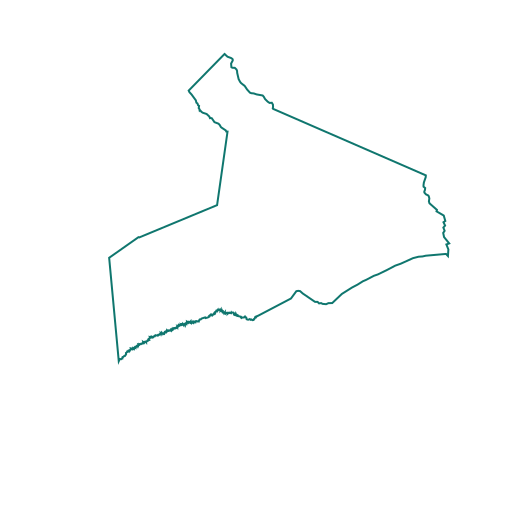 Sesheke, Western, Zambia (Natural Earth projection), rotated 217°
{"feature_id": "96606910B16407097160512", "entity_name": "Sesheke", "entity_type": "district", "adm_level": 2, "iso_a3": "ZMB", "parent_name": "Zambia", "parent_adm1": "Western", "projection": "natural_earth1", "projection_center": [23.989, -16.932], "detail": "fine", "context": "isolated", "style": "outline", "palette": "teal", "viewbox_px": 512, "rotation_deg": 217, "n_neighbors": 0, "source": "geoboundaries", "source_scale": "gbopen_adm2", "svg_char_len": 6095}
<svg xmlns="http://www.w3.org/2000/svg" viewBox="0 0 512 512"><g transform="rotate(217 256 256)"><path d="M302.3,89.4L302.8,91.8L301.6,92.4L301.5,93.3L301.0,93.7L301.7,95.0L301.3,95.4L301.0,97.1L300.5,97.4L300.6,99.3L301.5,100.3L301.2,101.3L301.3,102.0L301.1,101.9L300.6,102.5L300.7,102.9L300.2,103.3L300.3,103.5L300.6,103.4L300.6,104.5L300.1,105.0L300.2,105.3L299.9,105.0L300.0,105.7L299.5,106.3L299.8,106.5L299.5,106.6L298.9,107.3L299.4,107.4L299.0,107.6L299.0,108.1L298.5,107.8L298.4,108.1L298.2,107.9L298.1,108.4L297.4,108.3L297.7,109.5L297.3,109.7L297.8,109.9L297.5,110.5L297.9,110.1L297.9,110.6L297.2,110.9L297.2,111.4L296.9,111.3L296.5,111.9L296.4,112.2L297.0,112.1L296.8,112.5L297.0,112.9L296.8,113.5L296.3,113.6L296.5,113.9L296.5,114.1L296.2,113.8L296.3,114.2L296.1,114.6L296.3,114.7L295.7,114.9L295.8,115.8L294.9,116.3L294.9,117.0L294.4,117.1L294.0,117.8L294.1,118.4L293.7,118.5L294.0,118.9L293.7,119.0L294.2,119.4L293.8,119.4L293.6,119.8L293.8,119.9L293.2,120.5L293.5,120.4L293.5,120.7L293.4,120.5L292.9,120.9L292.6,120.6L292.3,121.4L292.0,121.3L292.3,121.7L291.5,122.8L291.7,123.4L291.3,123.7L291.5,124.1L291.2,124.1L290.6,124.8L290.8,125.0L290.6,125.2L291.1,125.0L291.7,125.6L291.5,126.2L291.7,127.2L292.0,127.4L291.5,127.6L291.5,128.0L291.1,128.0L291.0,128.8L290.0,128.9L290.0,128.5L289.6,129.0L289.3,128.9L289.1,129.7L289.3,130.0L288.8,130.8L289.0,131.3L288.8,131.7L288.5,131.6L288.5,132.3L286.6,133.2L286.4,133.5L286.7,133.9L286.1,134.5L285.9,134.8L286.1,134.9L285.4,135.6L285.8,136.1L285.5,136.9L285.7,137.1L285.4,137.1L285.2,137.6L285.0,137.4L285.1,137.8L284.7,137.6L284.7,137.9L284.0,138.1L283.3,137.7L283.2,138.3L283.1,138.1L282.9,138.2L283.2,138.4L282.7,138.9L283.0,139.4L282.6,139.9L282.8,140.3L282.3,140.6L282.4,141.3L282.8,141.3L282.5,141.8L282.4,142.3L282.5,142.8L282.3,142.7L282.4,143.2L281.9,143.3L281.7,143.0L281.7,143.5L281.5,143.1L281.4,143.4L281.1,143.2L280.5,143.7L280.4,144.4L279.9,144.8L280.0,145.0L279.5,145.8L279.2,145.7L279.2,146.0L279.0,145.7L278.9,145.9L278.6,145.7L278.6,146.3L278.4,146.1L278.3,146.6L278.6,146.7L278.1,146.9L278.4,148.8L278.2,149.0L278.1,148.6L277.7,149.2L277.7,148.9L277.2,149.1L276.0,151.0L276.3,151.8L276.5,151.5L276.6,152.2L276.1,152.0L276.3,152.3L276.1,153.0L276.4,153.1L276.0,153.3L276.2,154.1L275.9,154.0L275.7,154.5L275.5,154.2L275.4,154.8L275.1,154.6L275.0,154.9L275.2,155.6L274.9,155.8L274.7,155.5L274.5,155.9L274.1,155.6L274.5,156.0L274.4,156.3L274.0,156.0L273.8,156.4L274.1,156.5L273.4,156.7L273.3,157.0L273.5,157.4L273.2,157.3L273.0,157.5L273.3,157.6L272.8,157.9L272.9,157.5L272.3,157.3L272.5,157.7L272.2,158.0L272.3,158.3L271.7,158.3L271.9,158.5L271.8,159.0L271.5,158.8L271.7,159.2L271.4,159.3L271.6,159.4L271.6,159.9L271.2,160.0L271.5,160.4L271.2,161.4L271.6,161.9L270.9,161.9L271.1,162.1L270.9,162.2L270.7,162.7L270.1,162.9L269.9,162.4L269.6,162.9L269.5,162.4L269.1,163.2L268.5,163.1L268.5,163.4L268.2,163.4L268.4,163.8L267.9,163.6L267.6,164.3L267.3,164.1L267.4,164.7L267.0,164.7L267.2,165.0L266.6,164.8L266.3,165.2L266.0,165.1L266.1,165.8L265.6,165.6L265.7,166.3L264.9,166.5L265.3,166.9L264.5,167.5L264.7,167.9L264.1,168.4L263.6,168.3L262.3,169.3L262.6,169.7L262.8,171.4L262.0,172.0L261.8,173.3L259.8,176.2L259.6,176.4L258.9,176.1L257.5,177.9L256.7,179.7L256.9,180.6L257.1,180.6L256.7,181.3L257.0,181.6L256.8,182.4L256.4,182.5L256.5,182.3L256.1,182.3L256.0,181.9L255.4,182.0L255.5,182.3L255.1,182.5L255.0,183.4L254.4,184.3L255.0,184.5L255.0,185.3L254.9,185.5L255.0,185.9L254.6,186.4L254.9,186.7L254.7,187.3L254.5,187.1L254.8,188.7L254.1,189.3L254.1,189.8L253.8,189.5L253.8,190.4L253.4,190.4L253.2,191.0L252.3,190.9L252.3,191.3L251.9,191.3L251.9,191.7L251.7,191.4L251.7,191.8L251.2,191.4L250.9,192.3L250.2,191.9L250.3,191.5L249.8,191.8L249.8,191.3L249.1,191.4L249.1,191.1L248.6,190.8L248.3,191.0L248.3,191.5L248.0,191.5L248.2,191.1L247.9,191.1L247.7,191.7L246.9,191.6L246.9,191.9L246.6,191.4L246.5,191.7L245.8,191.6L245.9,192.2L245.1,193.2L244.8,193.4L244.7,193.0L244.1,193.7L243.9,193.3L243.8,194.0L243.4,194.4L243.2,194.1L242.6,194.9L241.5,195.3L241.7,196.0L241.4,195.9L241.4,196.2L240.0,197.2L239.1,197.0L238.6,196.2L238.0,195.9L237.7,196.0L237.6,196.5L237.4,196.1L237.4,196.4L237.2,196.2L236.7,196.4L236.8,197.2L236.6,196.8L236.4,197.0L236.7,197.4L235.7,197.0L235.5,197.4L234.9,197.0L234.6,197.5L234.2,197.2L231.6,198.4L231.2,198.0L231.0,198.3L230.2,198.0L230.1,198.5L228.6,199.7L228.4,201.0L227.7,200.7L226.8,201.0L225.5,199.9L224.7,200.0L223.6,200.7L223.0,201.9L221.7,201.9L221.4,202.6L220.1,202.7L219.5,203.4L219.4,204.0L219.7,204.4L219.4,205.3L219.8,206.4L219.2,206.9L219.7,207.4L219.4,207.9L219.3,207.6L202.5,243.1L202.6,252.2L201.3,253.6L199.6,254.5L196.1,254.2L181.3,254.9L179.2,256.4L177.1,256.1L175.6,257.6L174.1,257.8L171.0,259.7L169.8,261.9L166.8,264.3L164.6,277.4L160.3,288.7L157.7,294.2L155.4,300.2L153.8,303.0L149.9,311.2L147.6,314.6L142.9,323.8L139.0,332.1L135.8,336.9L129.3,348.8L125.7,353.3L122.7,355.9L120.6,358.4L105.5,372.0L102.7,371.5L106.3,377.0L110.9,379.8L109.3,382.3L117.2,384.3L120.4,387.1L120.5,389.6L123.5,391.5L123.3,394.1L126.6,395.8L125.9,397.9L130.4,401.3L138.7,400.3L139.2,401.7L149.2,402.5L150.8,403.7L152.2,406.3L154.0,407.7L154.9,408.0L157.4,407.5L159.7,408.0L160.4,408.8L160.8,410.4L161.8,412.1L163.9,412.2L164.8,413.3L166.2,415.8L167.9,421.1L168.9,422.6L330.9,383.8L331.5,384.0L332.0,385.2L333.6,387.1L335.6,387.9L337.3,386.4L339.6,386.3L343.2,386.8L345.7,387.9L347.3,388.2L352.8,385.4L355.6,384.5L357.7,383.2L359.1,382.8L363.3,383.6L367.3,385.0L371.9,385.1L373.5,385.5L376.3,386.8L381.2,390.9L382.5,392.4L383.8,393.2L386.2,393.5L388.2,392.1L389.3,392.0L391.7,394.7L392.2,397.9L392.5,398.6L393.4,399.2L395.1,399.1L398.7,398.0L402.7,398.4L409.3,347.6L407.8,346.8L404.6,346.2L397.7,344.1L395.9,342.6L394.5,342.6L393.1,341.6L391.8,341.6L390.8,339.7L390.1,339.6L388.6,338.3L388.5,338.8L386.2,338.3L384.7,338.4L380.9,339.7L377.2,339.3L375.7,338.4L375.3,338.9L374.2,339.4L369.7,337.9L365.6,339.1L363.8,338.8L361.8,337.9L360.9,337.8L355.7,338.1L354.6,337.5L353.6,338.2L317.7,273.2L360.4,200.6L361.2,200.3L372.2,166.2L302.3,89.4Z" fill="none" stroke="#0f766e" stroke-width="2"/></g></svg>